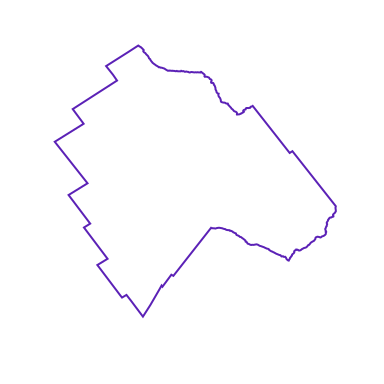 Salto, Buenos Aires, Argentina, rotated 102°
{"feature_id": "61730980B64997833188567", "entity_name": "Salto", "entity_type": "district", "adm_level": 2, "iso_a3": "ARG", "parent_name": "Argentina", "parent_adm1": "Buenos Aires", "projection": "equal_earth", "projection_center": [-60.357, -34.249], "detail": "fine", "context": "isolated", "style": "outline", "palette": "violet", "viewbox_px": 384, "rotation_deg": 102, "n_neighbors": 0, "source": "geoboundaries", "source_scale": "gbopen_adm2", "svg_char_len": 5798}
<svg xmlns="http://www.w3.org/2000/svg" viewBox="0 0 384 384"><g transform="rotate(102 192 192)"><path d="M95.2,150.5L95.6,150.8L95.8,151.0L96.1,151.9L96.5,152.3L96.8,152.3L97.6,152.7L97.7,153.1L97.7,153.4L98.0,153.7L98.2,154.4L98.2,154.8L98.4,155.6L98.5,156.1L98.9,156.6L99.8,156.7L100.2,156.8L100.4,157.5L100.6,157.8L101.0,158.3L101.5,158.7L102.1,158.8L102.4,158.6L102.4,158.3L102.7,157.9L103.1,158.1L103.6,158.6L104.2,159.4L104.6,159.7L105.0,160.1L105.1,160.5L105.6,161.0L106.1,161.7L106.4,162.4L106.5,163.3L106.8,163.7L106.9,164.1L106.6,164.3L106.0,164.2L105.7,164.3L105.3,164.5L104.7,165.1L104.6,165.5L104.4,165.9L104.3,166.9L104.2,167.4L104.0,167.9L103.7,168.3L103.3,168.7L102.8,169.4L102.6,169.8L102.3,170.6L102.0,170.9L101.6,171.2L101.2,171.8L100.5,172.8L100.1,173.4L99.8,173.8L99.5,174.1L99.3,174.6L99.1,174.8L98.8,174.9L98.1,175.3L98.1,175.7L98.3,176.0L98.3,176.9L98.2,177.4L97.9,178.1L97.8,178.6L98.0,179.7L98.0,180.5L97.9,181.8L97.7,182.3L97.3,182.6L96.8,182.7L96.2,183.0L95.8,183.1L94.4,184.0L94.0,184.4L93.1,185.6L92.7,185.9L91.6,186.4L91.2,186.4L90.3,186.4L90.3,186.6L90.2,187.5L89.3,188.7L88.1,189.2L86.8,190.3L85.1,190.8L83.1,192.1L82.8,192.4L82.6,192.9L81.4,193.4L81.0,193.9L81.0,194.3L81.2,195.2L81.2,195.8L80.7,196.2L80.0,196.2L79.5,196.0L78.7,196.0L78.4,196.2L78.0,196.7L77.7,198.1L76.6,199.1L76.3,200.6L76.2,201.6L76.3,202.2L76.5,202.9L76.6,203.5L76.2,203.9L75.7,203.9L75.3,203.9L74.7,204.0L74.2,204.7L73.8,205.7L73.4,206.3L73.3,206.8L73.0,207.3L72.6,207.8L72.6,208.2L72.9,208.4L73.4,208.7L73.4,209.1L73.6,210.3L73.7,211.3L73.8,211.8L74.0,212.1L74.1,212.6L74.1,213.3L74.4,214.1L74.6,214.8L74.6,216.1L74.7,216.5L74.7,216.9L74.8,217.7L75.0,218.1L75.5,218.8L75.6,219.2L75.6,219.7L75.3,220.6L75.4,221.2L75.4,221.8L75.3,222.5L75.4,222.9L75.7,223.3L75.9,224.0L75.8,224.6L75.5,225.3L75.7,225.9L75.9,226.4L75.9,226.6L75.8,227.1L75.7,227.4L75.7,227.8L76.3,228.1L76.5,228.8L76.6,229.8L76.8,230.4L76.9,231.5L76.7,232.0L77.2,232.8L77.3,233.4L77.2,234.1L77.4,235.5L77.4,236.2L77.7,236.7L77.7,237.2L77.7,237.9L77.8,238.5L78.0,238.8L78.0,239.3L77.9,239.7L78.2,240.1L78.4,240.6L78.4,240.9L77.6,243.3L77.0,244.7L76.8,246.8L76.7,247.4L76.9,248.6L76.6,249.6L76.8,250.0L76.9,250.4L76.5,251.0L76.0,252.3L75.7,253.4L75.4,254.0L75.1,254.6L74.8,255.4L74.4,256.2L73.8,257.5L73.3,257.9L73.1,258.3L72.6,258.9L71.4,260.2L70.8,260.5L70.6,261.0L70.2,261.8L69.2,262.4L68.0,263.5L67.7,264.0L67.3,264.7L66.7,265.6L66.0,266.3L65.7,266.8L65.5,267.5L65.2,268.1L64.8,268.6L64.3,269.0L63.7,268.9L63.3,268.7L63.0,268.9L62.2,270.2L61.7,270.8L61.6,271.2L61.3,271.7L61.0,272.1L60.8,272.4L60.7,272.9L60.7,273.3L60.5,273.9L60.1,274.4L59.9,275.0L68.0,283.1L86.7,302.2L93.7,293.7L98.6,288.5L135.7,325.9L147.8,312.2L171.4,336.7L205.2,296.0L220.6,312.1L244.1,285.0L249.2,290.3L274.9,260.7L283.1,269.4L307.9,240.8L309.8,238.5L306.3,234.7L311.1,229.0L324.1,214.1L311.1,209.2L294.0,203.6L289.8,202.3L290.8,201.2L277.2,195.0L277.9,192.8L223.1,165.9L223.2,165.7L223.3,165.2L223.3,164.9L223.1,164.5L223.1,163.9L223.0,163.2L222.9,162.8L222.9,161.6L222.6,161.0L222.2,160.4L222.0,159.9L221.5,158.7L221.3,157.7L221.2,154.8L221.4,153.8L221.4,153.2L221.5,152.5L221.4,151.9L221.6,151.3L221.9,150.6L221.8,148.5L221.6,148.0L221.6,147.2L222.1,146.7L221.9,146.0L221.9,145.5L222.3,144.0L222.8,143.4L223.0,142.3L223.2,141.7L223.3,140.9L223.4,140.4L224.0,140.1L224.5,139.8L224.8,139.3L224.9,138.7L225.0,137.9L225.2,137.3L225.4,136.6L225.9,136.0L225.9,135.5L225.9,134.8L226.1,134.2L226.5,133.6L226.8,132.8L227.5,131.3L228.4,129.6L228.8,129.4L229.1,129.4L229.4,129.3L229.5,129.1L229.5,128.6L229.6,128.1L230.1,127.6L230.6,127.2L230.9,126.9L231.0,126.4L231.0,125.7L231.5,123.9L231.5,123.6L231.5,123.0L231.2,122.4L231.1,121.9L231.0,121.2L230.9,120.7L230.3,119.3L229.8,118.1L229.8,117.3L229.9,116.5L230.2,115.6L230.5,114.9L230.6,114.3L230.6,113.5L231.0,110.6L231.1,109.9L231.3,109.3L231.4,108.9L231.5,108.2L231.7,107.7L231.8,107.2L231.8,105.7L232.0,105.0L232.4,104.6L232.5,104.6L232.8,104.0L233.3,102.7L233.5,102.1L233.6,101.5L233.6,100.9L233.9,100.2L234.0,99.9L234.1,99.1L234.4,98.4L234.5,97.8L234.8,97.1L235.0,96.0L235.5,93.2L235.4,92.5L235.5,92.2L236.4,91.1L236.4,90.7L236.1,90.1L235.9,89.7L236.3,88.9L236.3,88.4L236.2,87.8L236.0,87.5L236.4,86.8L236.9,86.3L237.9,85.6L238.2,85.2L238.9,83.9L239.0,83.5L239.0,83.1L238.6,83.0L237.7,82.8L236.9,82.4L236.4,82.5L236.0,82.4L235.6,82.0L235.0,81.9L234.3,81.4L233.6,81.3L233.3,81.0L233.1,81.0L232.6,81.1L232.3,81.0L231.8,80.7L231.4,80.3L231.1,80.0L230.2,79.5L229.9,79.4L229.5,79.6L229.0,79.7L228.5,79.6L228.2,79.5L227.7,79.1L227.5,78.6L227.3,78.4L226.6,78.2L226.5,77.5L226.7,77.2L226.5,76.7L226.6,76.2L226.9,75.9L227.0,75.5L226.9,74.7L226.5,73.9L226.1,73.5L225.7,73.1L225.2,72.8L224.2,71.6L223.7,71.1L223.2,70.2L223.0,69.7L222.5,68.9L221.5,68.1L220.5,67.6L220.0,67.4L219.5,67.0L219.3,66.4L218.9,66.2L216.9,65.3L215.6,64.0L214.5,62.7L214.2,62.4L213.3,62.1L212.9,61.8L212.4,61.6L211.5,61.7L211.0,61.6L210.5,61.3L210.2,60.7L209.7,60.2L209.6,59.7L209.6,58.8L209.6,58.0L209.8,57.3L209.7,56.7L209.3,56.3L208.7,55.9L208.5,55.7L208.4,55.5L207.8,54.5L207.6,54.2L207.4,53.9L207.1,53.7L206.7,53.3L206.1,52.8L205.5,52.5L205.1,52.4L204.1,52.6L203.9,52.7L203.6,52.5L203.4,52.4L203.2,52.4L202.9,52.5L202.4,53.2L202.0,53.1L201.0,53.8L200.4,54.0L200.0,53.8L199.6,53.7L198.6,53.7L198.2,53.5L197.7,53.4L197.2,53.1L196.6,53.3L195.3,53.1L194.7,53.6L194.1,53.8L193.7,53.8L192.5,53.3L191.5,53.0L190.9,53.1L190.1,52.6L189.6,52.6L189.3,52.2L188.9,52.1L188.6,52.0L188.3,51.6L188.1,51.2L188.1,50.8L187.9,50.4L187.2,49.7L186.9,49.0L186.6,48.6L186.1,48.6L185.8,49.0L185.3,49.3L184.8,49.3L184.3,49.1L183.7,48.7L183.3,48.4L182.8,48.0L182.4,47.8L181.9,47.7L181.4,47.4L181.0,47.3L179.8,47.6L179.3,47.8L177.5,48.4L177.0,48.4L176.6,48.3L176.0,48.4L131.2,102.3L133.5,104.6L95.2,150.5Z" fill="none" stroke="#5b21b6" stroke-width="2"/></g></svg>